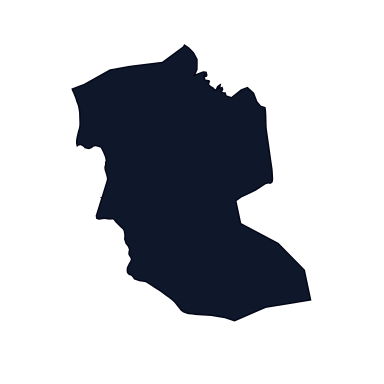 Al Matammah, Al Jawf, Yemen, rotated 339°
{"feature_id": "15242507B78310888001164", "entity_name": "Al Matammah", "entity_type": "district", "adm_level": 2, "iso_a3": "YEM", "parent_name": "Yemen", "parent_adm1": "Al Jawf", "projection": "orthographic", "projection_center": [44.392, 16.198], "detail": "fine", "context": "isolated", "style": "filled", "palette": "ink", "viewbox_px": 384, "rotation_deg": 339, "n_neighbors": 0, "source": "geoboundaries", "source_scale": "gbopen_adm2", "svg_char_len": 3163}
<svg xmlns="http://www.w3.org/2000/svg" viewBox="0 0 384 384"><g transform="rotate(339 192 192)"><path d="M117.1,53.0L117.1,55.0L117.3,57.4L117.3,59.9L117.4,62.8L117.1,65.6L117.1,68.0L117.1,70.4L116.7,73.0L116.2,75.5L115.6,78.0L114.7,80.5L113.7,83.4L112.9,85.7L111.9,88.5L110.9,90.6L109.6,92.7L107.9,94.8L106.5,96.9L105.2,98.8L103.9,100.8L102.7,103.1L101.8,105.3L101.5,107.6L102.1,107.3L105.1,107.6L106.9,109.6L108.0,111.5L108.0,112.1L109.3,113.1L111.4,114.4L114.0,114.4L115.9,113.7L116.2,113.6L118.5,114.0L118.8,114.0L123.1,117.3L123.4,118.3L123.5,119.1L123.9,123.3L124.0,128.6L123.2,132.6L122.1,133.3L122.1,133.5L121.1,135.8L119.7,137.7L119.0,140.2L118.9,142.7L118.7,145.2L118.4,147.7L117.8,150.0L116.4,151.9L106.1,165.0L105.7,165.0L105.9,165.2L95.0,179.0L94.3,179.8L93.7,182.3L95.6,184.0L97.1,184.2L99.6,184.8L100.5,185.0L104.2,186.9L104.6,187.3L109.2,188.8L110.4,192.6L112.8,198.1L114.8,202.2L114.9,204.2L114.4,206.7L114.2,207.7L113.1,210.5L112.4,211.7L112.1,216.4L113.1,219.3L113.3,221.3L113.1,223.7L111.7,225.6L110.9,227.8L111.4,230.2L111.7,232.7L110.1,235.0L108.3,236.2L105.9,238.5L104.7,239.6L103.6,241.8L103.0,244.1L103.9,246.4L105.7,247.7L106.7,250.1L107.2,252.4L110.6,255.3L111.5,256.0L115.9,258.4L117.4,259.6L119.1,262.0L121.0,264.5L123.2,267.7L127.1,272.9L129.2,276.2L131.2,279.4L132.7,281.5L134.7,284.8L136.5,288.3L138.5,294.6L139.7,298.5L140.6,299.9L141.1,300.7L142.4,301.9L144.9,304.0L149.2,306.1L151.6,307.5L165.7,313.9L177.8,321.0L185.6,327.4L219.4,325.9L264.0,335.2L268.8,305.2L258.2,280.8L253.9,270.9L226.0,238.9L226.1,238.4L229.7,215.8L236.1,214.1L247.5,213.3L252.0,212.9L263.4,210.4L265.4,210.6L266.6,210.7L268.0,211.7L269.4,211.6L270.6,210.9L271.9,208.4L274.5,200.1L274.8,198.9L277.1,188.7L280.5,174.0L280.5,173.9L283.6,160.4L284.0,158.8L284.2,158.2L285.5,154.4L286.3,152.2L286.9,150.5L288.5,145.9L288.5,145.7L289.4,143.1L290.3,139.4L286.7,136.6L285.4,132.7L285.2,132.1L284.8,131.0L284.8,126.9L284.8,121.8L281.1,114.4L274.6,114.4L271.7,115.3L270.6,115.7L265.3,117.3L262.7,118.2L260.3,116.3L260.0,116.0L258.1,114.5L258.4,111.6L258.4,111.4L257.8,111.3L257.1,111.1L256.9,110.9L256.1,110.1L255.1,109.1L255.4,108.5L255.5,108.4L256.7,107.8L257.0,107.5L257.4,107.0L257.5,105.3L257.1,105.3L256.4,105.3L256.1,105.3L256.1,105.2L255.1,105.0L254.9,105.0L254.8,104.9L254.0,104.7L254.0,104.3L254.5,104.2L254.8,104.0L255.8,103.6L256.4,102.6L256.8,102.0L256.7,102.0L256.4,102.0L255.7,102.3L253.7,102.9L251.8,104.8L251.1,105.4L250.3,105.0L249.3,104.6L249.4,103.9L249.1,103.1L248.9,102.5L247.2,100.4L246.4,99.0L245.9,98.1L245.7,97.8L245.8,97.7L246.3,97.0L246.8,96.1L247.6,95.1L247.8,94.9L247.7,94.3L247.6,94.2L244.6,92.6L244.4,92.2L244.1,91.5L244.4,90.3L245.0,87.9L245.2,87.7L245.4,87.3L245.6,87.0L245.8,87.4L245.9,87.6L245.9,88.6L245.9,88.8L246.3,88.9L246.7,88.9L247.0,89.0L247.5,88.4L247.7,87.8L247.7,87.6L247.8,87.4L248.0,85.6L248.0,85.3L245.8,84.1L245.5,84.0L244.3,84.0L235.9,84.0L240.5,79.3L243.0,73.0L244.1,70.1L244.1,69.9L243.2,62.7L243.1,62.4L240.4,56.2L237.6,52.2L236.1,53.5L215.1,59.3L210.8,60.5L195.2,56.6L181.1,53.1L178.2,52.4L159.2,48.8L131.7,52.8L129.7,53.1L123.5,53.0L117.1,53.0Z" fill="#0f172a" stroke="#020617" stroke-width="1.5"/></g></svg>